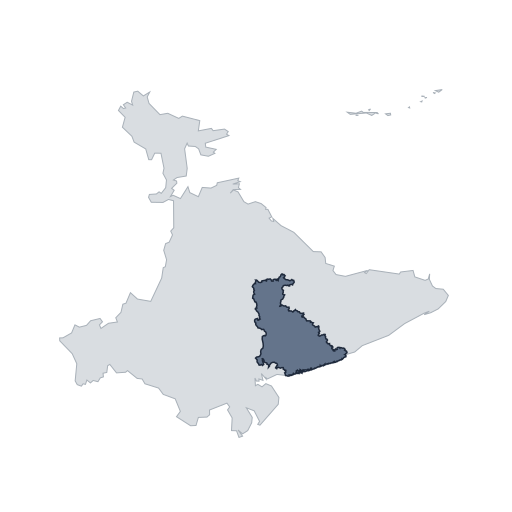 India, with Maharashtra highlighted, rotated 263°
{"feature_id": "IND-2447", "entity_name": "Maharashtra", "entity_type": "State", "adm_level": 1, "iso_a3": "IND", "parent_name": "India", "parent_adm1": "", "projection": "robinson", "projection_center": [76.089, 18.818], "detail": "fine", "context": "in_parent", "style": "filled", "palette": "slate", "viewbox_px": 512, "rotation_deg": 263, "n_neighbors": 0, "source": "natural_earth", "source_scale": "10m", "svg_char_len": 9787}
<svg xmlns="http://www.w3.org/2000/svg" viewBox="0 0 512 512"><g transform="rotate(263 256 256)"><path d="M78.0,217.0L84.9,215.4L85.7,210.4L98.2,212.6L106.7,209.0L109.4,211.5L113.5,209.2L108.8,191.1L104.1,190.6L102.1,187.7L102.8,179.1L95.1,175.8L95.5,170.4L106.2,157.5L111.0,162.0L124.1,158.4L129.9,147.1L136.8,143.2L142.7,130.2L147.8,128.0L149.0,123.1L157.9,114.5L156.5,112.4L157.0,103.3L166.2,97.7L165.2,95.4L158.6,93.7L158.3,89.9L154.6,89.8L154.0,86.6L150.5,83.8L152.3,79.2L150.2,76.2L153.5,73.0L149.4,71.1L150.2,68.8L148.1,66.8L150.1,62.9L154.1,61.3L170.9,65.0L181.4,61.7L195.7,50.9L198.6,51.1L198.3,54.4L202.1,63.6L209.7,67.9L206.9,72.0L207.8,79.3L211.9,84.0L213.0,93.6L209.4,95.6L206.7,92.2L203.0,93.3L207.2,101.4L207.4,110.4L211.8,109.3L216.5,115.1L224.4,118.0L225.0,121.2L234.9,126.9L227.7,133.1L223.8,146.0L245.6,159.7L255.7,162.5L256.4,164.7L263.2,166.8L272.9,165.1L279.3,167.8L280.3,171.5L287.1,175.7L291.1,174.4L294.0,177.8L320.9,180.9L322.8,176.0L320.5,170.2L322.1,158.6L327.3,156.5L330.1,157.7L329.7,164.7L331.5,167.6L329.7,169.6L334.8,174.7L342.4,176.4L349.4,173.7L354.3,175.4L369.6,174.2L370.4,168.0L364.3,164.1L364.7,161.3L375.7,159.6L383.9,148.9L390.0,147.4L400.1,139.1L409.6,143.0L417.2,137.2L421.2,140.0L418.5,142.4L418.8,144.7L422.3,142.8L424.3,146.9L420.8,152.0L424.7,151.3L433.6,154.7L434.0,158.7L428.6,163.7L431.7,170.5L427.1,167.4L420.5,168.4L408.0,177.9L408.4,185.8L402.0,196.1L403.8,200.0L397.2,216.7L387.2,214.0L388.1,227.3L385.6,228.7L385.8,240.2L382.9,243.6L380.5,241.6L378.8,243.8L374.1,219.4L370.2,219.4L366.7,229.5L364.3,226.3L362.9,227.7L360.8,220.9L363.1,213.6L369.4,212.1L372.1,209.1L373.4,202.3L376.4,201.4L371.1,198.2L351.4,198.4L343.9,196.5L343.5,187.2L341.5,183.3L340.1,186.3L337.9,186.3L333.4,180.5L331.2,182.8L325.4,178.3L326.4,181.1L322.2,188.0L333.1,196.9L327.0,198.0L321.9,206.0L330.6,211.0L328.9,219.6L330.9,225.6L333.4,226.5L335.4,248.4L333.0,247.1L331.7,249.4L330.2,241.7L329.7,248.3L326.0,246.9L324.0,248.7L324.7,241.5L321.5,238.1L324.3,241.7L321.8,246.0L311.4,250.6L308.5,254.4L310.0,262.0L307.4,267.5L302.8,271.9L301.2,271.2L300.8,273.5L292.9,276.4L292.0,273.6L288.9,275.5L288.1,277.8L291.3,277.3L283.1,284.5L274.9,296.4L253.4,313.4L252.2,321.1L246.1,324.4L240.1,324.3L236.4,332.5L232.2,330.6L227.8,333.2L224.9,342.3L228.1,365.0L226.3,361.7L225.1,363.3L228.6,366.7L220.6,396.0L222.5,397.6L222.5,410.1L215.9,411.1L211.2,420.9L212.2,424.2L217.1,426.2L211.7,425.2L204.7,427.5L201.8,430.5L200.2,437.8L193.4,442.1L187.7,438.8L181.3,430.4L178.4,422.5L177.3,415.8L180.1,421.3L178.7,415.8L170.8,395.3L161.1,378.1L154.1,350.6L148.7,342.3L147.3,334.0L145.4,333.2L141.2,322.5L135.5,291.4L137.2,286.0L136.8,284.1L135.1,286.6L134.7,285.1L134.8,282.0L137.0,282.3L134.5,281.1L133.0,274.4L135.9,262.4L132.6,252.4L134.0,251.0L132.5,251.1L138.7,247.0L131.7,247.8L133.6,243.9L131.4,243.8L131.8,241.2L135.0,240.1L127.3,239.6L128.4,242.2L125.4,246.0L128.1,250.2L125.1,255.5L112.8,261.5L106.1,260.0L87.6,239.3L88.7,237.2L91.4,239.4L102.6,235.3L106.5,227.9L96.3,232.6L91.0,231.4L83.7,226.5L81.1,221.0L85.5,217.0L78.8,220.7L78.0,217.0ZM383.8,392.8L381.4,388.0L384.5,383.0L385.1,366.8L387.6,364.1L385.5,372.7L386.9,378.5L385.4,380.0L383.8,392.8ZM398.3,454.2L398.5,461.1L396.3,457.3L398.3,454.2ZM381.3,406.8L379.6,406.9L379.3,404.0L381.3,401.9L381.3,406.8ZM392.6,443.0L392.5,445.0L392.1,443.2L392.6,443.0ZM394.6,440.2L393.9,442.9L394.1,440.1L394.6,440.2ZM396.7,451.7L396.0,453.8L395.5,453.0L396.7,451.7ZM385.3,426.5L384.2,426.6L384.7,425.5L385.3,426.5ZM383.4,393.8L382.2,394.9L382.8,393.2L383.4,393.8ZM387.4,385.6L388.0,387.6L386.6,386.1L387.4,385.6ZM389.6,439.7L388.7,439.3L389.1,438.3L389.6,439.7ZM383.6,372.6L383.1,374.8L383.3,372.5L383.6,372.6Z" fill="#d9dde1" stroke="#a8b0b8" stroke-width="1"/><path d="M145.6,333.0L145.0,332.8L145.0,332.1L144.5,330.8L143.0,329.2L143.0,328.9L143.4,328.7L142.5,328.2L142.7,326.8L143.0,326.4L142.6,326.7L142.5,327.5L142.4,326.0L142.1,325.9L141.7,324.0L141.4,323.8L141.7,323.4L141.2,322.9L140.8,321.6L140.8,321.1L141.2,321.6L141.7,321.7L141.3,321.4L141.6,321.1L141.2,321.0L140.9,320.5L141.6,320.4L141.4,320.0L141.0,320.2L140.9,319.9L141.0,319.2L140.6,318.5L140.8,317.5L140.3,316.6L140.6,315.0L140.2,314.7L140.1,314.4L140.3,314.4L140.4,313.7L139.9,311.7L139.3,310.5L140.1,310.8L139.1,309.3L139.3,308.0L138.6,306.9L139.5,306.4L138.8,306.2L138.5,305.9L138.3,305.0L138.6,304.3L137.3,301.2L137.5,300.7L137.1,300.4L137.6,299.6L137.2,300.0L136.9,299.6L136.7,297.8L136.2,297.4L136.3,296.5L136.7,297.1L137.7,297.3L137.9,297.5L137.7,297.9L138.0,297.3L138.0,296.7L137.0,296.5L136.7,296.1L136.8,295.9L136.0,295.4L135.7,294.2L135.9,293.1L136.4,292.9L137.2,294.1L137.3,293.8L136.6,292.6L136.0,292.6L135.3,290.8L135.4,289.1L136.0,289.1L136.2,288.8L137.0,290.1L137.0,289.4L137.3,288.9L136.9,288.7L136.8,288.1L136.4,288.3L135.8,287.8L136.0,287.4L136.2,287.5L136.3,287.0L137.0,286.8L136.5,286.7L137.7,286.3L137.8,286.1L137.0,286.3L137.0,285.3L136.7,285.0L136.8,283.9L136.3,284.6L136.3,285.8L135.8,286.4L135.7,285.9L135.5,286.1L134.9,287.7L134.7,287.6L134.7,286.9L134.3,287.0L134.7,286.3L134.7,285.7L134.8,285.8L134.9,285.5L134.8,285.3L134.9,283.9L134.4,284.0L135.0,282.7L134.3,283.4L134.5,281.8L136.8,282.1L137.5,283.3L137.7,283.2L137.0,282.0L135.9,281.9L135.1,281.3L134.7,281.5L134.2,280.9L134.1,279.4L135.6,278.7L134.6,278.8L133.9,278.0L133.9,278.5L134.1,278.9L133.7,278.6L133.3,275.9L133.5,276.3L133.8,276.2L133.6,275.6L133.8,275.1L133.8,274.9L133.2,275.6L133.2,274.9L132.8,274.1L133.0,272.7L133.6,271.8L133.6,271.0L134.4,270.6L135.6,270.6L136.5,270.2L137.1,271.4L137.7,271.2L138.0,271.4L138.5,271.2L138.9,271.6L139.2,271.1L139.2,270.4L140.0,270.2L140.3,269.3L141.9,269.4L142.1,268.1L141.9,267.0L141.7,266.7L142.9,264.3L142.2,263.0L141.7,262.8L142.6,261.8L144.5,263.2L145.0,264.0L145.9,264.0L147.0,263.4L147.3,262.3L148.3,261.3L148.4,259.4L148.0,258.1L146.0,256.0L145.1,256.0L144.1,254.9L145.9,255.4L146.7,254.8L147.3,253.7L147.7,253.9L148.6,253.6L149.1,252.1L150.1,251.1L151.0,251.3L152.6,250.8L153.3,250.1L153.2,249.6L152.0,249.9L151.4,249.6L147.4,250.4L146.6,249.0L147.3,248.7L147.7,248.0L147.2,247.2L147.3,245.8L148.9,245.3L150.4,244.3L151.2,244.2L152.7,244.5L154.7,243.1L155.6,244.2L155.7,246.2L156.0,247.4L157.1,248.3L158.4,249.0L160.3,248.9L162.1,249.5L162.8,250.1L163.7,251.6L165.8,252.3L168.6,252.4L172.8,252.0L175.3,252.5L175.9,253.7L176.1,255.0L175.6,255.3L175.7,255.5L176.4,256.4L177.9,256.7L179.4,256.4L180.5,255.2L182.1,254.8L182.4,254.1L182.2,252.8L183.2,252.0L183.9,250.9L184.4,249.2L185.6,248.9L187.0,247.8L188.1,247.4L188.9,247.4L189.4,247.7L190.8,246.7L192.5,246.8L193.4,247.6L193.8,249.9L192.0,250.1L192.0,250.6L192.8,252.2L193.1,251.8L193.7,252.2L194.6,252.0L195.4,252.3L196.5,251.7L197.9,252.0L200.1,251.1L201.4,249.9L202.8,249.4L203.5,248.8L204.1,249.1L204.3,250.5L205.2,250.2L206.8,250.9L208.9,250.8L210.3,250.4L210.5,250.1L210.4,249.6L210.7,249.3L214.0,248.4L214.3,247.6L214.5,247.5L217.4,248.3L217.9,248.9L218.3,250.0L219.5,249.4L220.7,249.3L221.4,249.5L221.9,250.2L223.3,249.7L223.8,249.9L224.7,249.6L226.0,248.6L227.5,249.5L227.9,250.2L228.7,250.9L228.9,251.4L228.7,252.1L229.7,252.0L231.5,253.1L232.1,252.7L232.1,253.4L231.6,254.1L229.5,255.6L229.1,257.4L229.5,258.6L230.4,258.6L230.6,259.0L230.8,262.3L230.1,262.9L229.9,263.4L230.2,263.6L230.9,263.2L231.4,263.4L231.7,264.7L231.4,265.4L231.5,267.4L230.4,268.2L229.3,268.4L229.1,268.7L229.0,269.9L230.4,270.1L230.7,271.3L230.4,273.1L229.4,273.0L229.2,273.6L229.9,274.1L228.9,275.0L229.8,275.3L230.1,274.7L230.5,274.7L231.0,275.9L232.1,276.4L232.6,277.7L234.3,278.5L235.0,279.4L235.0,279.8L234.7,280.3L233.9,280.5L234.2,281.5L232.8,282.5L232.3,281.7L231.6,281.7L231.0,280.7L228.9,282.7L228.5,284.6L227.3,286.6L227.5,287.4L228.3,288.7L227.2,289.6L227.3,290.4L226.1,290.7L225.1,290.6L224.0,289.3L222.9,288.8L223.4,288.2L223.5,287.2L223.1,285.5L222.2,285.6L222.2,285.1L222.6,284.3L223.2,283.9L223.0,282.6L223.4,281.8L223.4,280.2L223.0,279.3L222.2,279.0L221.3,277.8L220.6,277.7L219.4,278.1L218.6,279.0L218.2,278.7L216.5,278.6L215.8,278.0L214.8,277.9L213.9,279.7L212.7,278.7L211.7,278.5L210.7,277.7L209.9,277.1L209.5,275.8L208.8,275.2L207.9,275.2L206.7,274.6L205.7,274.5L205.0,274.9L204.2,274.5L203.8,273.9L203.2,273.6L203.2,274.3L204.1,276.0L203.2,277.1L202.9,278.1L202.9,279.4L201.7,280.0L201.3,280.9L201.2,282.5L199.7,282.5L199.0,281.6L198.0,281.6L197.4,282.0L197.7,282.4L197.3,283.0L197.1,284.5L196.0,285.6L196.2,286.4L197.1,287.0L197.2,287.6L198.0,288.6L197.1,289.0L196.4,290.5L195.6,290.7L195.3,292.3L194.2,292.6L193.7,293.3L193.5,294.4L193.0,295.1L193.6,295.6L193.6,296.2L193.1,296.1L192.2,296.5L192.0,296.0L191.0,295.5L190.8,294.1L190.0,294.1L189.6,294.8L189.6,296.0L188.2,296.9L187.8,297.7L185.5,298.3L185.0,301.9L184.7,302.2L183.5,302.0L183.7,303.0L183.1,303.5L182.7,304.7L181.7,303.8L180.8,303.7L179.2,305.7L178.2,306.1L178.5,307.5L178.2,308.1L179.0,309.4L178.6,309.8L177.5,309.7L176.9,309.3L176.3,309.5L175.7,309.4L173.5,310.2L173.0,309.8L172.7,308.9L172.4,309.1L172.2,308.9L171.5,309.4L171.1,308.9L170.3,308.7L170.1,308.2L169.5,308.1L168.7,309.3L169.1,310.7L169.6,311.4L169.4,312.6L169.9,313.5L169.6,314.1L169.9,314.7L169.7,315.1L168.7,314.6L167.7,315.3L166.5,315.0L165.1,315.4L164.9,316.2L163.9,316.7L163.3,316.5L162.5,315.5L161.4,315.5L160.9,316.4L160.0,316.8L160.1,318.3L159.3,318.2L158.0,318.9L157.4,319.8L157.8,320.2L157.7,320.4L156.3,321.2L155.9,320.2L154.8,319.9L154.5,320.6L153.8,321.3L153.3,321.0L153.1,321.5L152.4,321.4L152.2,322.2L152.7,322.0L152.9,322.5L153.3,322.6L153.4,323.0L153.9,323.4L153.2,323.7L153.4,325.1L154.0,324.9L155.1,325.5L155.3,326.0L155.2,327.5L154.2,328.1L154.8,328.5L154.7,329.2L153.8,331.0L154.0,331.4L153.4,332.6L152.2,333.0L152.0,332.5L151.8,332.4L150.6,333.8L150.6,334.2L149.3,334.6L148.7,334.3L148.2,333.1L147.4,332.7L147.3,332.2L146.8,332.8L145.6,333.0Z" fill="#64748b" stroke="#1e293b" stroke-width="1.5"/></g></svg>